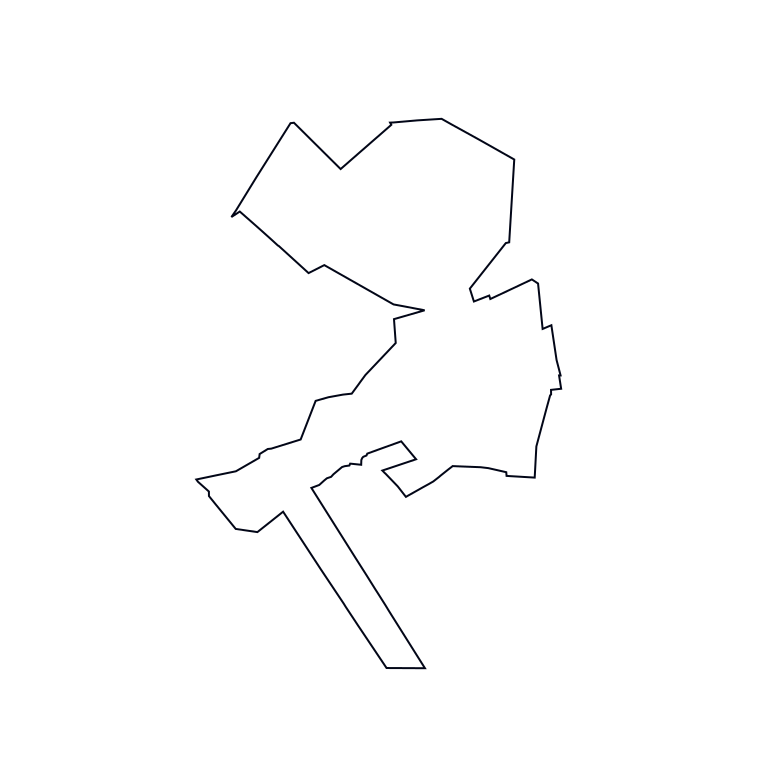 Mazatán, Sonora, Mexico, rotated 66°
{"feature_id": "50627088B62941812668880", "entity_name": "Mazatán", "entity_type": "district", "adm_level": 2, "iso_a3": "MEX", "parent_name": "Mexico", "parent_adm1": "Sonora", "projection": "mercator", "projection_center": [-110.163, 28.931], "detail": "fine", "context": "isolated", "style": "outline", "palette": "ink", "viewbox_px": 768, "rotation_deg": 66, "n_neighbors": 0, "source": "geoboundaries", "source_scale": "gbopen_adm2", "svg_char_len": 1881}
<svg xmlns="http://www.w3.org/2000/svg" viewBox="0 0 768 768"><g transform="rotate(66 384 384)"><path d="M162.5,311.9L170.0,336.2L108.7,360.0L108.0,362.4L107.7,363.3L143.3,416.6L165.3,448.7L169.4,455.5L167.8,445.6L190.9,435.0L207.2,427.7L213.9,424.8L214.2,424.7L215.1,424.0L216.0,423.6L252.0,407.8L251.1,390.2L315.2,342.9L321.1,334.3L333.2,316.9L330.2,338.5L328.8,348.5L351.3,356.6L358.5,373.9L368.2,397.3L373.1,405.9L373.2,406.0L379.7,417.4L377.0,425.8L373.5,440.1L371.6,453.3L400.8,482.7L397.2,513.3L396.1,516.6L397.4,526.1L400.7,528.1L403.5,554.8L399.2,574.4L394.9,594.3L397.7,593.7L411.0,587.7L415.2,589.5L425.3,586.8L456.1,578.4L467.8,559.9L459.6,528.1L527.6,517.1L568.4,510.1L571.4,509.7L571.5,509.7L594.3,505.9L644.5,497.2L660.3,462.2L597.7,471.2L591.9,472.0L587.1,472.6L571.4,474.9L568.3,475.4L551.9,477.7L531.1,480.8L449.4,492.6L449.9,484.2L447.8,477.8L446.9,474.5L447.3,470.1L445.9,466.9L442.8,456.1L443.1,453.3L444.4,448.8L443.0,447.3L443.5,446.4L448.5,437.7L444.8,435.9L444.2,435.6L442.9,434.2L442.6,433.7L442.1,432.6L442.1,431.8L442.2,429.1L440.8,427.6L441.6,416.2L443.4,391.6L465.8,385.3L462.4,420.7L463.2,420.4L465.7,419.5L466.5,419.1L483.1,413.1L496.0,409.9L494.6,394.9L494.2,390.8L493.6,383.6L493.3,380.9L493.1,378.7L492.3,375.5L491.2,371.1L490.8,369.9L488.2,359.9L487.2,355.7L486.9,354.7L489.2,350.1L499.3,329.6L503.3,322.9L508.3,316.2L512.8,310.2L514.3,308.2L517.8,309.4L519.5,306.2L522.6,300.2L524.0,297.5L530.8,284.4L503.0,270.2L472.1,245.2L462.0,236.9L461.5,235.6L457.3,233.8L460.4,224.1L447.4,220.6L448.0,219.2L432.3,216.6L398.4,207.2L398.2,216.7L354.9,202.4L348.6,206.4L349.2,232.9L349.6,252.3L346.0,251.9L345.2,268.3L331.8,266.8L304.8,215.4L305.5,212.0L231.9,173.7L203.8,194.5L199.5,197.7L174.5,216.6L165.2,223.5L156.7,246.4L150.3,265.0L149.0,268.8L147.7,272.1L150.2,271.9L158.9,300.2L162.5,311.9Z" fill="none" stroke="#020617" stroke-width="2"/></g></svg>